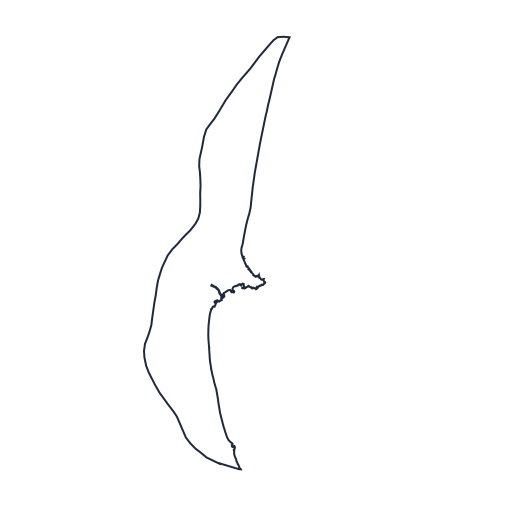 the district of Al Mukalla City, Hadramawt, Yemen, rotated 314°
{"feature_id": "15242507B50581943106199", "entity_name": "Al Mukalla City", "entity_type": "district", "adm_level": 2, "iso_a3": "YEM", "parent_name": "Yemen", "parent_adm1": "Hadramawt", "projection": "natural_earth1", "projection_center": [49.141, 14.533], "detail": "fine", "context": "isolated", "style": "outline", "palette": "slate", "viewbox_px": 512, "rotation_deg": 314, "n_neighbors": 0, "source": "geoboundaries", "source_scale": "gbopen_adm2", "svg_char_len": 5833}
<svg xmlns="http://www.w3.org/2000/svg" viewBox="0 0 512 512"><g transform="rotate(314 256 256)"><path d="M386.9,121.7L373.6,122.4L365.6,123.1L359.3,124.2L347.3,125.9L333.1,129.2L325.7,130.7L318.5,131.5L312.6,132.3L305.6,135.8L296.9,141.6L286.3,148.1L281.1,152.8L277.0,157.8L272.5,162.7L267.6,167.7L262.3,172.3L257.8,176.8L253.1,181.3L248.2,185.5L242.8,188.5L236.7,190.1L228.7,190.9L222.4,190.7L215.9,190.8L209.8,191.2L202.8,191.1L195.0,192.1L182.5,196.4L176.8,199.2L170.2,202.6L164.0,206.8L157.9,211.3L152.3,215.0L139.3,224.4L133.8,228.6L128.3,231.6L121.5,234.8L115.8,237.1L110.0,241.3L105.7,246.0L100.8,253.1L97.9,259.3L95.7,265.5L92.8,274.1L90.6,281.8L89.4,288.7L88.1,295.9L86.9,304.3L85.5,310.7L76.7,331.7L75.6,339.1L75.4,346.3L76.2,353.1L76.7,360.3L80.9,373.1L81.0,372.8L90.9,392.0L92.0,393.3L92.3,392.4L92.0,391.5L92.1,390.9L92.8,390.1L93.7,387.9L93.6,387.4L93.9,386.7L94.5,386.0L94.6,385.7L94.6,384.9L94.9,384.3L95.4,383.8L96.1,382.7L96.1,382.3L97.4,379.6L98.4,377.9L100.1,376.1L101.0,375.5L101.0,375.2L100.9,375.0L101.2,374.6L102.5,374.6L102.9,374.1L103.2,374.1L103.7,373.8L104.3,372.4L104.1,372.2L102.4,372.0L102.3,371.7L102.3,371.1L103.1,370.2L103.2,369.9L104.2,370.0L104.5,369.8L104.7,369.3L104.6,367.8L104.4,366.6L104.5,366.3L104.4,364.8L104.6,363.9L105.5,361.1L108.8,354.7L109.1,354.4L110.5,351.6L112.3,348.7L112.5,348.2L113.6,346.6L115.7,343.1L117.7,339.9L119.1,337.9L119.2,337.6L119.5,337.4L124.3,330.9L126.8,327.8L132.4,320.2L135.9,314.0L139.0,309.4L139.7,308.0L143.3,302.7L143.4,302.3L143.6,302.3L148.4,296.0L150.2,293.9L157.2,286.2L157.6,286.0L157.6,285.8L162.7,280.0L164.3,278.3L166.2,276.4L169.7,273.1L173.6,269.7L180.6,264.3L181.5,263.7L182.3,263.1L183.3,262.6L186.9,260.6L187.3,260.5L187.6,260.6L187.8,260.9L189.0,260.3L189.8,260.3L190.5,260.6L190.5,261.1L190.7,261.4L193.9,260.2L194.2,259.9L196.5,259.9L194.8,259.7L194.2,259.7L193.8,259.1L194.1,258.1L194.2,257.9L195.5,258.0L195.7,258.8L194.1,259.1L197.2,258.8L197.4,259.6L197.5,261.1L198.5,261.3L198.5,261.2L199.3,261.2L199.7,261.4L200.3,261.9L200.6,262.0L201.4,260.2L201.7,260.1L202.2,260.1L202.7,259.3L203.3,258.1L203.7,255.7L205.1,253.2L205.4,252.2L205.2,250.5L205.2,248.5L203.6,244.5L204.5,244.2L205.0,246.7L205.8,248.7L205.8,252.2L205.8,252.7L204.2,256.1L203.8,258.3L202.9,260.2L203.2,260.2L203.3,260.0L203.2,259.7L203.8,258.8L204.3,258.7L204.7,258.8L204.8,258.9L204.6,259.6L204.0,260.4L203.6,260.4L203.1,260.9L202.9,260.5L203.0,260.4L202.8,260.3L202.6,261.0L203.0,261.2L203.5,261.2L204.4,261.4L205.2,261.1L205.9,259.9L206.3,258.8L206.6,258.6L206.9,258.5L207.8,258.9L212.0,259.8L213.6,261.0L213.5,261.8L213.4,261.7L213.2,262.3L213.3,262.4L213.2,262.6L213.2,263.4L213.0,263.6L213.8,264.5L214.2,264.9L214.2,265.2L214.3,265.4L214.6,265.4L215.4,265.0L215.5,263.8L215.3,263.2L215.3,262.9L215.6,262.3L216.1,261.9L217.3,261.4L218.1,261.3L219.4,261.7L220.1,262.0L220.2,262.3L220.4,262.2L221.6,262.9L221.6,263.2L221.9,263.4L222.1,263.3L222.2,263.1L223.5,263.4L223.6,263.7L223.9,263.6L224.3,263.8L224.5,263.9L224.6,264.2L224.8,264.4L224.2,266.4L224.4,266.2L224.9,264.7L226.5,265.8L226.8,266.3L227.1,266.1L227.3,266.6L227.1,266.8L226.8,266.8L225.3,269.5L224.1,268.6L224.0,268.9L223.6,268.1L223.3,268.3L223.4,268.7L223.9,269.3L225.4,270.7L226.4,270.5L226.6,270.8L227.5,271.1L227.9,271.2L228.6,271.2L228.9,271.5L229.4,271.5L229.4,272.4L229.2,272.5L229.8,273.9L229.9,274.1L230.0,274.1L229.9,274.6L229.8,275.2L230.0,275.4L230.3,275.4L230.3,275.8L230.8,275.8L230.9,276.0L230.9,275.8L231.0,275.8L231.4,276.1L231.4,276.6L231.6,276.6L231.7,276.8L231.7,277.4L232.0,277.6L232.1,278.1L232.4,278.3L232.2,279.1L232.7,279.3L233.1,279.2L233.7,279.4L233.9,279.1L233.8,278.5L234.0,278.1L234.6,278.0L235.0,278.4L235.1,279.2L235.7,279.3L236.3,279.0L237.3,279.3L237.4,279.8L237.9,280.1L238.5,279.8L239.1,280.0L239.5,280.2L239.5,280.6L239.7,281.0L239.9,281.0L240.2,281.2L240.7,281.3L241.2,281.0L241.7,280.8L242.1,281.2L242.5,281.2L242.9,281.3L243.1,281.3L243.2,281.1L243.2,280.7L243.4,280.5L243.3,280.0L243.3,279.5L243.5,279.1L243.4,279.1L243.5,278.6L244.1,278.0L244.1,277.7L244.3,277.9L244.9,277.6L244.6,277.3L244.4,277.0L244.4,276.9L244.3,277.1L243.9,276.9L243.2,276.9L242.8,276.5L242.7,275.9L243.0,274.5L242.6,273.9L242.6,273.5L242.8,273.3L243.0,273.3L243.3,272.9L243.6,272.3L244.2,271.5L243.9,271.6L243.8,271.8L243.7,271.2L243.4,271.1L243.3,271.4L243.1,271.2L243.0,271.4L243.0,271.2L242.7,270.9L242.6,271.2L242.3,271.3L241.8,270.9L241.7,270.7L241.8,270.4L241.5,270.3L241.6,270.2L241.2,269.9L241.1,270.0L240.8,270.0L240.7,269.7L240.6,268.9L240.9,269.0L240.9,268.8L240.5,268.4L240.3,267.5L240.5,267.4L240.8,267.3L240.9,267.0L241.0,265.2L241.1,264.6L241.0,264.3L241.3,264.0L241.1,263.6L241.1,263.3L241.3,263.0L241.4,262.9L241.5,262.5L241.4,262.5L241.3,262.8L241.1,262.8L241.2,262.5L241.3,262.4L241.2,262.0L241.3,261.9L241.6,262.2L241.5,262.4L241.6,262.5L241.8,261.6L241.7,261.0L241.9,260.5L241.9,260.4L241.8,260.7L241.6,260.4L241.2,260.2L241.2,259.9L241.7,259.9L241.8,260.2L241.9,259.9L242.2,259.7L242.1,258.6L242.4,257.8L242.1,257.9L242.0,257.4L242.4,257.6L242.5,257.5L242.1,256.9L242.1,256.2L243.1,253.9L243.0,253.6L243.6,252.4L243.9,251.8L244.9,249.5L245.0,249.5L244.9,249.4L245.2,248.8L245.5,248.6L246.1,249.0L246.3,249.0L246.7,248.6L246.4,248.8L246.1,248.9L245.3,248.4L245.7,247.3L246.0,247.0L246.8,247.4L246.9,247.7L246.8,248.0L247.0,247.8L246.9,247.4L246.4,247.0L246.3,246.4L246.6,245.8L246.8,245.4L247.3,244.6L247.8,243.7L248.1,243.6L248.6,242.7L250.0,241.3L252.4,239.5L253.0,239.4L256.1,237.6L262.0,233.5L271.1,227.6L277.2,224.1L282.2,221.5L286.9,218.6L303.3,205.8L315.6,196.9L339.6,180.8L357.2,169.6L364.5,165.0L367.9,163.1L373.8,159.3L376.4,157.9L396.2,145.9L399.3,144.4L402.0,142.9L409.2,139.1L412.7,137.4L418.7,134.9L436.6,128.2L433.0,123.7L429.4,120.4L428.3,119.5L423.5,118.7L419.2,118.8L401.9,119.8L386.9,121.7Z" fill="none" stroke="#1e293b" stroke-width="2"/></g></svg>